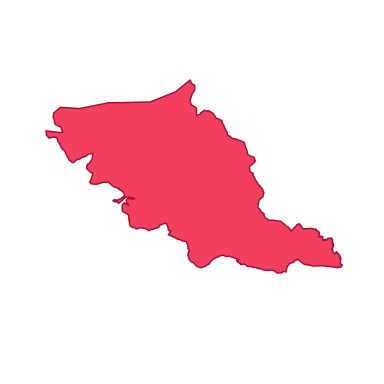 the district of Atwima Nwabiagya North, Ashanti, Ghana, rotated 151°
{"feature_id": "2480657B14484334363928", "entity_name": "Atwima Nwabiagya North", "entity_type": "district", "adm_level": 2, "iso_a3": "GHA", "parent_name": "Ghana", "parent_adm1": "Ashanti", "projection": "orthographic", "projection_center": [-1.753, 6.879], "detail": "fine", "context": "isolated", "style": "filled", "palette": "rose", "viewbox_px": 384, "rotation_deg": 151, "n_neighbors": 0, "source": "geoboundaries", "source_scale": "gbopen_adm2", "svg_char_len": 5919}
<svg xmlns="http://www.w3.org/2000/svg" viewBox="0 0 384 384"><g transform="rotate(151 192 192)"><path d="M261.7,207.7L259.2,204.3L259.2,203.9L258.8,203.2L258.9,202.7L258.8,201.9L259.2,201.0L260.2,199.9L260.0,199.2L260.6,198.2L260.4,197.5L261.1,197.1L260.8,196.6L261.1,196.0L261.6,195.5L262.1,194.3L262.5,192.5L261.3,189.9L260.2,189.3L258.3,186.7L254.9,186.0L253.4,185.0L252.6,184.2L250.3,182.6L250.1,181.5L249.2,180.5L248.7,179.3L247.3,179.1L245.7,179.2L244.6,178.4L241.6,178.0L239.2,177.3L237.8,177.6L236.4,178.6L230.0,177.6L230.0,176.7L229.7,176.1L229.9,173.9L230.5,171.3L230.9,170.6L231.1,169.8L230.8,169.1L229.4,168.0L229.8,167.4L231.4,167.0L233.3,166.0L227.7,158.6L227.8,157.9L227.5,157.4L226.1,156.7L224.6,155.0L224.5,154.2L221.4,151.9L221.2,149.0L221.7,146.9L222.9,144.6L222.6,142.5L222.9,141.8L223.5,141.4L223.8,141.5L226.4,138.6L226.3,138.1L226.3,136.4L226.9,135.6L227.1,133.8L226.7,132.0L226.1,131.4L225.9,130.4L224.9,129.3L224.2,126.0L223.3,124.1L221.4,121.9L220.5,121.4L216.1,120.6L215.1,121.0L212.5,120.9L212.1,120.7L211.3,121.4L210.7,121.5L208.7,122.5L204.4,123.1L201.6,122.8L201.0,122.5L200.3,122.8L198.9,122.4L197.8,122.6L197.3,122.2L195.0,121.5L193.8,119.3L190.2,117.5L184.6,111.2L185.2,111.4L185.2,110.5L185.9,110.7L186.0,110.6L185.4,110.1L186.1,109.6L186.1,109.4L185.8,108.9L186.0,108.5L185.7,108.4L185.4,108.5L185.0,107.1L184.9,107.2L185.1,106.8L184.7,106.2L184.3,106.1L184.5,105.8L184.6,105.1L184.3,104.8L182.0,104.0L181.2,103.6L180.2,102.3L179.8,100.5L178.2,99.1L176.3,98.1L175.0,96.2L173.5,95.6L170.3,92.2L168.9,91.5L167.5,89.4L165.9,88.1L163.2,86.5L159.8,84.9L158.7,83.8L157.9,82.5L157.0,80.0L156.1,79.4L154.9,79.0L153.1,77.9L150.1,77.9L149.5,77.6L148.7,76.6L144.4,81.1L143.4,81.1L142.2,81.8L141.2,82.1L137.0,81.2L136.0,82.0L135.3,82.1L132.6,81.8L132.1,82.1L130.9,78.8L129.6,75.8L128.6,74.1L125.0,71.3L121.8,68.4L113.6,64.3L111.8,62.9L103.0,56.7L101.1,55.0L99.0,55.0L98.3,54.1L96.1,55.3L96.0,55.5L96.5,56.5L97.0,56.3L97.0,57.6L96.7,58.5L96.1,58.8L95.0,60.3L94.9,60.7L93.9,61.7L94.7,62.6L94.5,62.9L94.5,63.3L94.1,63.3L94.0,63.6L93.8,63.7L94.2,64.1L94.2,64.4L93.6,64.9L93.9,66.3L94.1,66.8L94.2,68.4L94.9,69.1L94.9,69.5L95.6,69.2L95.6,68.6L96.1,68.4L97.0,69.5L97.3,69.5L97.5,69.3L98.1,70.4L97.3,72.1L97.1,73.0L97.5,73.9L97.0,74.2L96.9,74.7L96.0,74.7L95.7,75.0L95.7,75.4L95.0,76.0L94.4,76.1L94.4,77.2L93.7,77.5L93.6,77.9L94.0,77.9L93.9,78.3L94.3,78.5L94.1,78.7L93.6,78.8L93.4,79.3L93.4,80.7L92.5,81.4L92.3,82.0L92.5,83.5L92.3,84.0L92.5,84.3L93.8,84.4L94.4,84.9L94.6,85.3L94.9,85.5L95.2,85.2L95.5,85.6L97.1,84.7L97.4,84.8L97.6,85.2L98.0,85.0L98.0,85.7L100.1,85.7L99.8,86.2L100.4,86.3L100.3,86.5L100.7,86.8L100.6,87.1L100.7,87.8L99.7,88.5L99.4,89.3L99.8,90.2L100.3,90.3L100.6,90.8L101.9,90.7L102.6,91.4L102.7,91.7L101.5,93.4L101.1,93.0L100.3,94.9L100.7,96.7L101.4,97.2L101.7,97.7L102.2,98.0L102.3,98.2L101.8,98.6L101.5,99.1L106.1,102.8L112.7,105.8L113.0,109.5L113.5,111.9L114.4,112.5L116.0,112.5L118.7,111.4L120.9,111.0L124.2,110.0L124.5,113.3L124.9,114.8L126.3,116.4L126.7,118.6L127.4,120.4L128.0,121.4L128.4,123.1L134.9,128.1L139.0,130.3L139.3,132.4L140.2,133.1L140.4,133.8L140.5,136.3L140.3,136.8L139.5,137.6L139.5,137.9L140.5,139.8L141.1,140.5L141.0,142.3L141.2,144.6L141.9,146.9L137.7,152.0L135.8,152.9L133.6,153.4L132.4,153.3L132.0,154.0L129.9,156.1L129.4,156.9L129.0,161.0L129.4,162.1L129.6,164.3L130.5,166.7L130.3,168.4L130.7,173.2L130.3,174.5L130.6,176.8L129.6,178.0L130.2,179.8L131.3,181.5L131.4,182.2L130.9,183.3L130.2,184.2L130.4,185.2L129.3,186.4L123.8,187.4L122.2,188.0L121.4,188.6L121.4,190.4L121.0,191.8L121.9,193.6L123.4,194.9L124.8,197.4L124.7,199.6L123.9,201.3L123.7,203.0L123.6,205.0L122.5,208.8L122.5,210.3L124.9,213.5L126.0,214.6L128.0,217.2L130.2,218.9L131.2,219.9L131.6,221.9L133.6,225.1L132.3,226.8L132.4,231.9L131.9,234.8L132.2,236.5L131.3,239.7L131.9,240.9L133.4,243.1L135.0,244.8L135.5,250.3L136.3,251.9L137.7,254.6L138.9,255.4L140.3,255.9L141.2,256.7L141.4,257.4L142.7,257.4L143.5,257.1L144.8,257.1L146.0,257.0L146.6,256.4L147.4,256.0L148.7,256.6L150.7,256.2L150.5,258.0L148.3,261.5L147.5,263.2L147.9,264.7L149.9,267.8L150.2,269.8L150.0,271.5L149.2,273.1L147.8,274.7L145.5,276.5L144.7,277.5L142.8,278.6L141.2,279.2L140.0,280.4L138.2,283.3L138.0,284.2L139.4,286.5L139.8,287.6L139.5,289.1L139.5,290.8L157.4,287.6L184.9,291.0L208.9,303.6L221.5,310.4L250.1,319.6L266.2,329.9L268.6,329.0L270.1,329.0L274.6,328.2L275.5,326.6L276.5,325.6L277.4,324.2L277.3,323.2L277.6,321.3L278.7,318.7L278.5,317.0L276.5,313.9L275.1,312.7L275.1,312.1L275.6,310.6L276.0,306.9L278.5,307.9L290.0,316.2L291.6,312.7L291.7,312.2L290.8,308.4L287.5,307.6L285.6,306.8L284.2,305.4L284.0,303.6L284.4,302.7L284.8,300.8L284.4,298.7L284.7,294.9L284.4,293.3L284.7,292.5L283.4,289.6L283.8,286.5L284.0,282.9L283.6,281.4L284.0,280.4L283.9,279.2L283.5,278.6L283.4,278.2L282.9,277.8L282.6,276.0L282.0,275.3L281.3,275.2L277.7,276.1L276.0,275.8L275.4,275.4L273.7,275.3L272.5,275.6L270.4,275.5L269.6,275.1L267.6,274.6L265.4,275.3L264.2,275.3L262.0,274.6L261.1,274.1L260.2,273.4L263.1,269.6L265.3,268.1L266.2,268.0L267.4,266.9L268.8,266.7L269.8,267.0L270.9,266.2L272.0,264.9L272.4,264.2L272.6,262.4L271.5,259.8L271.3,258.5L269.7,256.7L269.7,256.2L274.6,251.6L276.8,250.1L276.2,248.1L274.0,246.4L271.7,245.1L267.8,244.0L265.8,244.0L261.7,242.0L259.8,240.5L259.5,238.9L259.2,238.2L259.0,237.1L257.5,233.9L255.9,232.9L255.1,231.3L254.1,230.2L254.6,229.6L253.7,228.6L252.2,225.4L252.1,224.5L252.5,222.4L253.2,221.5L254.1,221.2L257.4,220.7L258.5,220.7L260.2,221.1L261.3,220.9L262.0,221.6L264.0,223.0L265.2,222.7L264.4,220.8L263.4,220.7L262.6,220.1L261.7,217.9L261.4,217.7L258.5,218.3L257.5,218.3L254.3,219.2L253.3,219.7L252.1,219.6L248.9,217.6L247.7,216.2L245.4,214.2L246.2,213.9L250.8,217.1L252.1,217.5L253.1,217.0L254.0,215.8L254.0,214.2L253.8,212.5L254.0,211.5L256.5,215.3L257.3,215.2L258.7,214.7L259.1,214.4L260.3,212.8L262.2,209.2L261.8,208.5L261.7,207.7Z" fill="#f43f5e" stroke="#9f1239" stroke-width="1.5"/></g></svg>